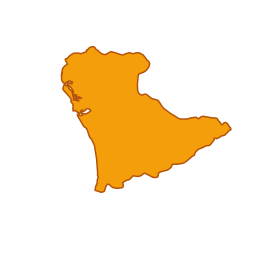 the border of Sergipe, rotated 121°
{"feature_id": "BRA-629", "entity_name": "Sergipe", "entity_type": "State", "adm_level": 1, "iso_a3": "BRA", "parent_name": "Brazil", "parent_adm1": "", "projection": "robinson", "projection_center": [-37.484, -10.548], "detail": "fine", "context": "isolated", "style": "filled", "palette": "amber", "viewbox_px": 256, "rotation_deg": 121, "n_neighbors": 0, "source": "natural_earth", "source_scale": "10m", "svg_char_len": 4318}
<svg xmlns="http://www.w3.org/2000/svg" viewBox="0 0 256 256"><g transform="rotate(121 128 128)"><path d="M198.4,124.0L197.4,124.6L194.6,125.6L192.4,125.9L191.0,126.2L189.8,126.8L188.4,127.6L185.5,128.2L185.1,128.5L184.3,129.7L183.9,130.0L182.9,130.4L170.8,138.9L160.4,147.6L156.6,153.2L155.8,155.7L154.6,157.5L150.8,161.8L150.0,163.0L149.6,164.4L149.5,166.2L149.1,167.4L143.5,177.5L142.4,178.4L141.7,178.1L141.7,177.2L142.1,176.2L142.1,175.5L141.8,174.9L141.3,174.8L140.9,174.5L140.6,173.7L140.0,173.7L139.5,174.9L138.8,173.9L137.7,171.2L137.1,170.9L134.0,169.3L133.2,169.2L133.0,168.8L132.4,168.9L131.9,169.4L131.7,170.4L131.8,171.1L132.2,172.1L132.7,173.1L133.2,173.7L133.7,173.8L134.3,173.6L134.8,173.5L135.6,174.0L136.2,174.5L136.8,174.9L138.0,175.5L138.0,176.1L136.6,175.5L136.1,175.9L136.4,176.7L137.4,177.2L138.1,177.1L138.4,176.6L138.6,176.1L139.0,176.1L139.8,176.5L140.3,177.0L140.4,177.6L140.0,178.4L140.5,179.3L140.4,182.3L141.1,183.8L141.1,183.3L141.6,183.8L139.8,185.2L137.7,186.2L136.0,187.5L135.3,189.5L135.0,190.2L134.2,190.8L133.3,191.2L132.7,191.7L132.3,192.3L131.1,195.1L128.8,202.9L127.7,204.2L124.3,205.0L123.3,204.7L123.1,204.0L123.5,203.2L123.5,202.5L122.2,202.3L124.3,199.1L124.8,198.1L125.2,195.8L125.5,195.0L126.4,193.9L129.6,191.0L130.4,190.0L130.7,189.6L132.1,189.2L131.1,188.1L130.9,185.6L130.1,184.4L129.8,186.6L129.8,187.6L130.1,188.6L129.6,188.6L128.2,185.7L127.2,184.1L126.6,183.5L126.3,185.3L128.5,189.3L128.5,191.0L128.0,190.4L126.4,189.2L126.5,190.2L126.8,190.8L127.2,191.3L127.4,191.9L127.2,192.8L126.7,193.0L126.0,193.1L125.3,193.3L124.5,194.2L123.9,195.1L122.7,197.6L121.7,202.0L121.2,202.9L120.1,202.8L119.6,201.4L119.0,198.1L118.8,199.3L118.4,199.8L117.7,199.6L117.0,198.8L117.7,201.6L118.2,202.7L119.0,203.5L122.2,204.9L122.7,205.6L121.9,208.5L119.9,210.5L117.5,211.7L115.3,212.5L116.0,212.7L111.4,214.5L109.1,214.6L104.4,213.0L103.1,214.8L102.5,216.2L101.5,217.1L100.9,217.1L99.7,216.0L96.2,215.2L94.6,214.6L92.0,213.2L90.3,210.8L89.2,208.6L88.6,206.9L87.9,205.9L87.2,205.4L86.3,204.8L85.3,204.1L84.5,203.2L83.8,202.9L83.3,203.2L82.9,203.6L82.4,203.6L82.0,203.2L81.2,202.9L78.8,202.3L77.2,201.0L76.5,200.3L76.1,199.4L75.9,198.6L76.1,197.9L76.4,197.3L77.1,195.7L77.0,194.1L77.7,191.1L77.9,189.3L77.8,188.2L77.4,186.6L76.9,185.7L76.5,185.0L76.2,184.7L75.4,184.3L73.3,183.2L71.5,182.1L71.1,181.3L70.3,178.3L69.8,176.7L69.4,174.1L68.5,171.1L68.0,169.9L67.2,169.3L66.4,168.9L64.9,167.7L64.6,167.3L62.8,165.7L62.4,164.7L62.0,162.4L60.6,160.8L59.7,160.1L58.5,158.5L58.0,157.4L57.7,156.3L57.6,153.9L57.6,152.9L57.8,152.0L59.8,147.0L60.3,144.6L60.6,144.0L61.0,143.3L61.7,142.7L62.6,142.2L63.4,141.9L64.4,141.7L68.0,141.8L69.7,142.2L70.4,142.5L72.0,143.3L75.5,146.1L76.2,146.4L76.6,146.5L78.6,145.9L86.2,142.2L90.5,139.3L91.6,138.3L92.3,137.2L92.7,136.2L93.0,135.0L92.9,134.0L92.6,133.2L92.2,132.5L90.6,131.5L90.2,130.8L89.8,129.9L89.7,129.0L89.8,128.2L90.3,125.3L90.5,122.7L88.9,117.1L89.0,116.2L89.4,115.1L89.9,114.3L90.6,112.3L91.1,111.6L91.7,110.6L92.2,109.3L92.9,106.8L93.7,98.4L93.6,94.7L93.8,90.0L93.6,88.9L93.1,87.2L90.0,82.2L89.4,81.5L88.9,80.9L87.8,80.2L84.1,75.8L83.7,75.0L83.7,74.1L83.9,73.3L83.8,72.5L83.4,72.0L81.7,71.5L80.7,71.1L79.6,70.1L79.1,69.2L76.2,61.6L74.4,58.2L74.0,57.1L74.0,56.3L74.3,55.6L74.8,55.0L75.2,54.2L75.9,51.6L76.8,50.1L76.9,49.5L76.6,49.0L76.2,48.8L74.8,48.5L74.0,48.3L73.2,47.6L72.9,46.8L72.8,45.8L73.1,44.9L73.5,44.1L74.3,42.7L74.6,41.9L74.9,40.6L75.1,40.2L75.4,39.8L76.5,38.9L77.4,39.7L84.3,41.4L85.4,42.4L86.5,43.7L89.0,44.8L91.3,46.3L92.2,48.7L94.0,48.1L99.3,48.7L101.1,49.3L103.3,52.2L105.5,53.3L109.6,56.4L111.3,57.1L113.2,57.6L115.2,57.7L117.0,57.1L119.5,58.5L125.5,60.4L128.6,61.8L130.3,63.1L134.0,67.5L134.5,68.3L135.2,69.8L135.6,70.5L136.5,71.2L137.4,71.2L138.2,70.9L139.0,70.8L141.9,71.5L144.0,72.8L148.5,77.2L149.8,78.1L151.4,78.5L152.9,77.7L154.4,77.3L155.8,78.3L156.9,80.0L157.5,81.5L157.9,89.0L158.3,90.6L159.3,91.3L162.2,92.3L163.2,93.2L164.5,94.7L165.4,96.5L165.8,98.0L166.5,98.9L168.2,99.4L171.1,100.1L172.1,100.8L174.1,102.7L177.0,104.1L177.7,104.3L178.2,104.0L179.5,102.5L181.1,101.9L182.2,102.3L184.9,105.8L185.8,107.4L186.5,109.1L186.9,110.9L186.3,114.1L186.3,116.0L187.1,116.9L189.8,116.8L194.2,115.7L194.9,116.0L196.6,117.4L197.0,118.2L197.9,122.1L198.4,124.0Z" fill="#f59e0b" stroke="#b45309" stroke-width="1.5"/></g></svg>